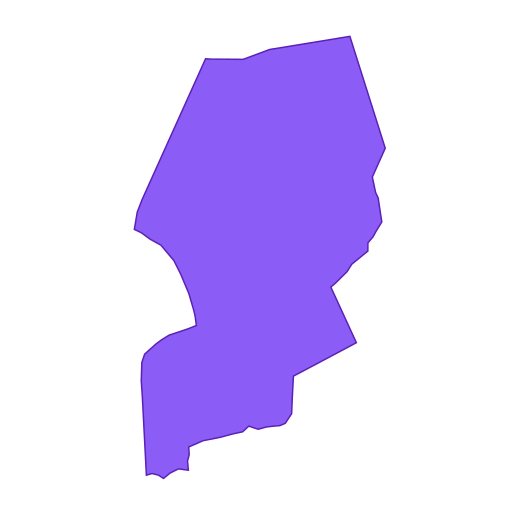 São Luis do Piauí, Piauí, Brazil (Robinson projection), rotated 350°
{"feature_id": "56859067B34363734324768", "entity_name": "São Luis do Piauí", "entity_type": "district", "adm_level": 2, "iso_a3": "BRA", "parent_name": "Brazil", "parent_adm1": "Piauí", "projection": "robinson", "projection_center": [-41.277, -6.772], "detail": "fine", "context": "isolated", "style": "filled", "palette": "violet", "viewbox_px": 512, "rotation_deg": 350, "n_neighbors": 0, "source": "geoboundaries", "source_scale": "gbopen_adm2", "svg_char_len": 958}
<svg xmlns="http://www.w3.org/2000/svg" viewBox="0 0 512 512"><g transform="rotate(350 256 256)"><path d="M339.8,358.8L324.3,299.6L329.4,296.6L343.0,287.2L348.9,280.7L359.1,275.0L367.0,270.6L368.5,262.5L374.5,257.5L378.9,252.1L385.8,244.3L386.1,231.3L386.4,220.1L384.8,214.1L384.3,198.4L402.0,172.3L386.6,56.0L305.3,55.0L277.5,60.1L245.9,54.3L240.6,53.0L153.6,180.7L146.7,192.1L140.8,208.7L146.9,213.0L154.7,221.1L164.3,228.9L174.4,246.4L178.8,261.2L183.3,281.1L185.2,297.9L185.6,304.4L185.2,314.1L175.3,316.1L156.8,318.8L148.3,322.2L141.8,325.5L129.3,333.3L125.1,341.0L121.3,359.2L119.6,375.1L110.0,452.8L115.9,452.2L121.9,454.9L126.3,459.0L133.8,454.8L142.7,452.2L152.2,455.2L153.0,445.9L155.7,440.1L156.6,432.4L171.7,428.7L189.8,428.3L202.0,427.2L212.4,426.8L219.3,422.3L228.1,427.0L236.5,426.2L243.9,426.6L250.0,427.2L255.7,425.9L263.7,417.5L267.4,400.7L272.0,380.8L323.9,364.0L339.8,358.8Z" fill="#8b5cf6" stroke="#5b21b6" stroke-width="1.5"/></g></svg>